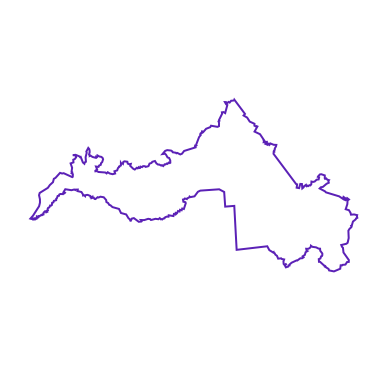 Magdalena, Jalisco, Mexico, rotated 356°
{"feature_id": "50627088B43040746826510", "entity_name": "Magdalena", "entity_type": "district", "adm_level": 2, "iso_a3": "MEX", "parent_name": "Mexico", "parent_adm1": "Jalisco", "projection": "mercator", "projection_center": [-104.086, 20.911], "detail": "fine", "context": "isolated", "style": "outline", "palette": "violet", "viewbox_px": 384, "rotation_deg": 356, "n_neighbors": 0, "source": "geoboundaries", "source_scale": "gbopen_adm2", "svg_char_len": 6022}
<svg xmlns="http://www.w3.org/2000/svg" viewBox="0 0 384 384"><g transform="rotate(356 192 192)"><path d="M328.1,281.1L334.5,278.9L335.2,275.5L336.6,275.7L337.0,275.2L340.0,275.1L341.8,272.7L343.5,272.7L343.7,270.8L338.9,262.9L338.7,258.2L337.8,257.1L337.2,255.3L342.4,254.4L343.7,253.5L345.1,248.9L345.3,241.5L346.6,239.7L348.4,238.3L348.8,237.7L348.4,236.8L349.1,236.5L350.5,232.7L353.4,230.7L353.8,229.8L355.1,229.3L354.8,227.3L355.1,226.6L352.2,225.7L349.0,225.7L348.7,223.9L347.3,221.1L344.1,219.9L346.1,215.0L346.6,211.3L348.0,210.4L346.3,208.9L344.7,210.9L343.5,210.3L344.5,208.9L342.8,207.5L342.1,209.4L338.5,206.6L325.6,201.7L324.7,200.6L319.6,197.4L320.8,196.3L323.0,196.0L326.8,193.2L329.1,192.3L328.8,190.4L329.4,189.7L327.8,189.1L326.8,187.8L325.7,188.2L325.4,187.7L325.6,184.7L322.2,183.3L320.8,183.4L318.9,185.2L318.6,185.7L319.8,186.3L319.2,188.3L317.2,188.4L315.1,190.1L313.5,190.4L311.9,189.9L311.5,192.7L310.5,193.7L309.6,193.4L308.4,194.2L307.5,193.7L306.2,194.9L306.6,194.2L306.2,192.8L304.0,194.2L303.7,195.1L302.3,196.1L302.2,191.7L300.6,191.5L299.1,195.6L296.7,195.0L297.4,191.7L296.4,191.3L276.0,159.6L276.3,157.5L276.9,157.5L276.8,156.3L277.5,155.7L277.6,154.4L279.0,152.3L279.4,150.9L276.8,150.6L273.5,149.0L272.6,150.3L271.7,149.1L271.0,149.2L270.7,150.2L268.6,149.1L270.2,147.7L270.2,147.2L267.0,147.3L267.3,146.3L267.0,145.2L267.5,145.4L263.9,139.1L258.6,136.1L261.8,131.2L261.0,130.8L260.6,131.2L258.9,130.2L259.1,128.3L254.5,125.8L252.2,121.6L248.8,119.3L250.3,117.8L240.7,102.9L240.5,103.4L239.3,103.7L237.4,103.7L235.8,105.4L234.7,104.7L232.7,106.3L232.2,104.7L231.1,104.6L232.2,106.9L233.3,107.7L230.6,115.6L229.1,114.5L227.4,114.6L227.5,116.0L223.9,122.2L224.3,122.9L223.4,123.5L223.8,124.9L223.5,128.2L222.0,128.8L215.6,127.2L214.7,128.6L210.5,129.9L207.5,132.9L206.3,132.2L206.0,132.9L206.4,133.6L205.5,134.1L205.5,133.6L204.6,134.2L204.2,135.0L204.6,135.9L202.9,137.7L198.8,146.5L198.3,146.2L198.2,146.6L198.8,146.6L197.6,147.7L197.9,147.9L187.0,150.5L184.7,153.1L182.9,153.7L180.1,152.0L179.1,152.3L178.6,151.7L175.5,151.0L175.2,150.1L174.0,149.2L170.2,148.5L168.1,149.1L165.2,152.1L166.7,152.0L167.3,151.4L168.7,153.0L170.0,155.8L171.6,156.5L172.5,159.0L172.4,161.3L171.9,161.6L171.0,161.0L169.5,162.2L169.0,161.8L167.4,162.7L166.6,162.5L165.1,164.1L163.9,163.1L163.1,163.5L161.2,162.3L160.1,162.3L158.5,161.0L157.2,158.5L154.5,159.1L153.6,160.2L151.6,160.7L150.5,163.0L149.9,163.3L147.5,163.7L146.8,163.0L145.0,162.8L143.9,163.7L142.4,163.1L141.8,164.4L141.1,164.4L140.5,163.6L139.5,164.6L138.6,164.0L136.5,165.6L135.1,164.8L132.2,161.6L132.9,159.7L131.2,159.9L129.9,159.2L129.6,157.3L126.9,156.7L125.7,157.1L125.1,159.1L124.5,158.5L123.5,159.0L123.1,158.2L122.9,160.6L121.0,161.5L121.1,162.0L119.8,163.0L118.9,165.2L116.1,165.9L116.6,168.2L114.1,168.7L111.2,167.8L109.3,166.4L108.1,167.5L106.9,166.5L100.1,165.5L98.5,164.5L97.1,164.6L97.1,164.0L98.9,162.9L98.0,159.9L100.5,160.4L101.2,159.1L102.9,158.5L103.2,157.0L104.5,155.9L105.6,153.1L105.1,151.6L103.9,150.6L102.0,150.1L100.2,148.9L99.7,150.6L99.1,151.0L98.6,150.3L98.2,151.1L95.2,150.1L93.4,148.7L92.7,148.9L92.9,148.3L91.9,147.6L92.7,145.0L92.7,143.2L92.4,141.9L91.6,140.8L89.4,144.3L89.7,145.6L88.3,149.8L88.3,154.4L87.1,155.0L86.6,156.3L85.2,154.9L83.4,149.2L82.7,149.4L82.3,148.7L78.5,146.8L75.6,146.9L78.6,147.5L78.8,149.3L77.4,150.9L75.8,151.5L75.8,154.2L72.9,155.0L74.1,159.5L73.3,163.2L73.9,163.9L73.1,164.8L74.4,165.9L74.1,168.5L73.6,168.8L65.3,164.3L63.7,164.5L61.7,163.7L56.8,168.4L55.1,169.2L54.0,172.5L50.7,175.1L48.5,177.8L40.0,182.3L39.2,184.5L39.8,188.6L39.6,192.0L38.5,195.5L31.7,204.6L28.9,207.3L29.9,207.7L30.8,207.3L31.2,208.0L32.4,207.3L32.8,207.5L32.4,208.4L33.8,208.4L34.3,208.1L34.2,207.3L35.3,207.5L35.5,205.8L36.6,206.7L37.4,206.1L37.3,205.3L38.8,205.2L40.0,204.4L40.6,204.7L41.4,204.4L41.5,203.8L42.3,203.9L42.5,202.3L43.9,201.0L44.6,201.0L45.1,202.1L46.2,201.7L45.7,200.7L47.0,200.2L46.7,199.0L47.4,197.8L48.6,197.4L49.5,195.6L50.3,195.8L51.3,195.2L51.7,193.0L53.0,192.7L53.6,191.2L55.9,190.7L56.1,189.2L56.7,188.9L57.7,186.6L59.0,186.5L59.4,185.3L60.5,184.8L63.1,185.1L63.3,184.4L64.5,184.5L65.2,183.9L64.0,182.9L65.8,180.4L71.9,181.8L74.7,181.3L75.7,181.9L76.1,181.5L78.2,181.6L77.8,183.1L81.7,184.3L83.0,186.7L83.1,187.9L84.2,187.7L85.1,188.7L85.3,188.1L86.1,187.6L87.7,187.6L90.2,188.8L90.5,190.2L91.2,190.0L91.3,190.8L92.3,190.0L92.3,190.9L93.5,190.7L94.3,192.1L95.2,192.3L97.5,190.6L98.5,191.0L100.3,190.3L103.6,191.1L105.8,194.0L105.9,196.0L107.6,197.2L108.6,199.1L109.7,199.5L111.6,201.5L118.0,203.8L119.7,208.0L124.8,209.8L126.9,213.9L128.2,214.9L128.4,216.2L128.9,216.4L130.2,214.3L132.2,214.0L136.8,218.0L139.5,217.9L140.1,217.2L139.4,216.4L142.4,216.7L146.4,215.7L148.5,216.2L149.0,217.0L149.7,217.0L153.7,216.2L156.6,216.8L158.0,215.8L159.0,217.1L159.9,216.9L160.4,217.3L161.9,216.3L162.7,216.4L163.5,215.3L165.2,214.8L166.8,215.0L167.1,213.6L171.8,214.7L172.4,212.7L173.6,213.1L174.2,211.6L175.3,211.9L175.2,212.4L175.7,212.0L176.7,210.0L178.2,210.6L178.8,208.9L180.4,209.5L181.1,207.8L182.7,208.4L185.0,202.7L184.7,201.7L182.7,201.1L182.5,198.9L183.7,198.7L184.4,198.0L186.4,198.7L186.7,198.1L189.0,197.1L189.3,196.4L190.1,197.0L194.2,196.5L197.9,192.2L200.4,191.2L219.3,191.2L224.1,194.2L224.1,208.9L233.2,208.8L232.5,252.8L263.3,251.4L265.1,255.4L268.6,257.9L269.2,257.6L269.3,258.4L270.1,258.7L270.8,260.3L272.3,261.6L273.3,264.5L276.3,264.4L276.7,265.0L279.2,265.7L278.4,267.6L278.4,270.1L279.1,271.1L281.3,270.1L279.6,271.9L280.4,273.7L282.8,273.1L283.2,272.0L284.2,272.0L284.3,271.1L286.4,269.5L291.6,267.5L292.2,267.7L295.4,265.7L297.2,265.8L298.7,265.0L297.9,263.9L300.2,262.6L301.1,260.0L303.0,259.0L302.2,258.5L302.0,256.6L304.0,256.8L305.5,256.1L306.7,255.0L306.9,253.9L308.3,255.1L312.0,255.9L314.3,257.3L315.8,257.5L315.8,259.5L317.7,262.4L317.6,264.1L317.1,265.0L316.3,265.2L315.4,267.3L313.8,267.8L313.8,270.5L314.9,270.6L318.5,274.4L319.7,275.1L320.0,275.6L319.6,275.9L322.8,278.2L323.3,279.8L328.1,281.1Z" fill="none" stroke="#5b21b6" stroke-width="2"/></g></svg>